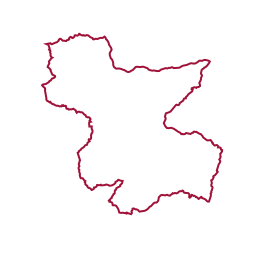 Monghsat, Shan, Myanmar (Albers equal-area conic projection), rotated 102°
{"feature_id": "60261553B30377978208155", "entity_name": "Monghsat", "entity_type": "district", "adm_level": 2, "iso_a3": "MMR", "parent_name": "Myanmar", "parent_adm1": "Shan", "projection": "albers", "projection_center": [98.999, 20.355], "detail": "fine", "context": "isolated", "style": "outline", "palette": "rose", "viewbox_px": 256, "rotation_deg": 102, "n_neighbors": 0, "source": "geoboundaries", "source_scale": "gbopen_adm2", "svg_char_len": 5780}
<svg xmlns="http://www.w3.org/2000/svg" viewBox="0 0 256 256"><g transform="rotate(102 128 128)"><path d="M62.8,225.2L63.0,224.0L62.8,223.2L63.3,223.2L66.2,221.3L66.9,221.1L67.6,221.6L68.3,220.9L68.3,220.2L69.2,219.8L70.3,220.0L71.2,219.2L73.4,218.8L74.6,217.7L74.9,216.7L75.4,217.3L79.4,219.2L81.0,218.4L84.5,219.3L85.1,219.2L86.0,217.3L87.2,215.7L88.0,215.7L91.5,213.1L92.2,210.3L93.1,209.9L94.1,210.5L95.7,212.8L97.6,213.4L98.4,214.6L99.6,215.0L102.2,217.7L102.7,219.4L103.4,220.6L104.1,220.9L105.1,219.6L106.3,217.5L107.4,217.0L108.3,217.1L115.9,214.0L117.2,213.8L118.2,212.8L118.4,211.7L118.8,211.2L118.8,210.5L119.2,209.8L118.7,209.3L119.2,209.0L120.4,206.7L120.2,205.7L120.8,204.2L121.1,202.3L120.8,201.4L121.1,199.2L120.7,198.6L120.7,197.6L120.1,197.1L119.4,197.1L119.2,196.0L119.9,195.6L119.3,193.8L119.4,193.3L121.6,192.4L122.0,191.6L121.7,190.6L122.3,189.6L121.7,188.5L121.5,187.0L120.5,185.5L121.7,182.7L122.9,182.2L123.8,181.3L122.7,180.5L122.3,179.6L122.2,178.9L122.5,178.0L122.2,176.3L123.0,174.7L123.8,173.9L124.3,172.1L125.6,171.4L126.0,169.5L125.6,168.5L126.4,167.1L127.1,166.5L128.7,167.1L129.6,165.7L130.2,167.0L131.2,167.1L134.6,166.1L134.0,163.8L136.2,163.4L138.0,162.1L140.0,161.9L141.1,162.6L142.0,162.4L142.8,162.7L144.7,162.1L146.1,162.0L147.3,163.2L147.3,164.0L147.9,164.0L148.9,162.8L150.8,164.5L152.9,164.6L153.8,166.2L156.2,167.5L157.8,169.2L159.0,169.6L160.8,171.2L161.5,171.1L162.7,172.1L169.6,168.2L170.2,168.5L172.3,168.4L172.7,168.7L174.3,168.4L175.3,167.6L177.0,168.1L178.0,167.9L178.6,167.5L179.0,166.9L180.6,166.8L183.1,165.4L184.4,165.3L186.5,164.2L186.9,163.7L186.6,161.8L188.1,160.2L188.8,158.6L189.7,158.7L190.0,159.0L190.7,158.3L192.1,157.9L193.0,155.8L193.6,155.7L194.4,154.9L194.8,154.0L194.6,153.4L194.9,152.7L195.7,150.9L196.2,150.7L196.1,150.4L194.8,148.9L193.2,148.8L192.9,147.6L191.5,146.5L190.2,146.4L189.9,144.1L189.2,142.9L189.7,142.5L188.9,139.4L187.8,137.5L187.9,135.5L188.3,134.2L187.9,132.8L187.4,131.7L185.8,129.8L184.4,128.9L183.3,129.0L182.0,127.4L180.7,126.8L181.1,123.3L180.9,122.3L183.3,122.3L185.5,123.8L186.2,123.5L186.8,123.8L188.8,126.4L189.4,126.9L190.8,126.9L191.6,127.7L192.2,127.8L195.0,127.5L195.8,128.5L197.1,128.7L198.6,129.5L199.9,129.4L200.3,130.0L202.8,131.5L203.0,130.7L203.9,130.9L204.1,128.4L204.9,127.6L206.7,126.9L206.3,124.4L206.6,123.4L208.5,121.4L210.1,120.2L212.5,119.0L212.5,117.0L211.9,115.4L212.0,114.0L211.7,112.5L211.0,111.7L211.0,111.4L211.8,111.3L211.3,110.4L211.6,107.0L210.3,106.5L208.7,107.3L207.5,106.6L206.0,106.8L205.5,105.8L206.0,103.8L205.8,102.8L206.1,101.3L207.4,99.4L205.6,94.7L204.5,93.1L203.3,92.0L200.4,90.3L199.6,89.2L196.5,87.4L195.5,86.5L194.8,84.3L192.8,83.3L189.3,83.4L187.1,82.0L186.5,81.2L186.1,77.3L185.5,76.6L185.2,75.6L185.5,74.7L185.5,73.0L184.7,72.5L183.8,71.5L182.5,70.8L182.7,70.0L181.8,68.6L181.8,66.8L181.3,66.0L179.5,64.8L179.0,63.9L178.7,62.5L177.9,61.8L178.0,61.0L179.3,60.1L179.6,59.4L179.2,55.5L180.2,54.1L182.9,53.8L183.3,53.4L183.2,53.0L182.5,52.8L182.0,52.1L180.2,51.8L180.2,51.0L180.8,49.8L180.5,49.1L180.8,48.0L181.1,47.2L181.5,47.1L181.4,46.3L181.8,45.4L182.7,44.3L182.6,44.0L180.2,42.2L180.1,41.8L181.0,41.2L181.3,40.0L181.2,39.4L181.9,37.2L183.1,35.6L183.4,34.5L183.1,33.5L177.6,32.9L176.0,33.0L174.9,33.6L173.7,33.0L172.6,33.4L171.3,33.0L168.6,32.9L167.8,33.6L167.3,34.5L166.2,34.7L164.5,34.5L161.9,35.7L161.2,34.8L160.2,34.4L158.6,34.0L157.9,34.5L157.1,34.3L156.0,33.0L152.5,31.2L152.0,31.2L151.9,31.8L151.2,32.3L144.7,31.7L142.6,30.9L141.3,30.8L139.8,32.2L138.4,31.6L136.8,31.4L136.3,31.8L133.9,32.4L133.3,31.9L131.5,31.2L129.9,31.4L129.8,32.5L128.1,33.3L128.0,35.0L128.2,35.8L127.5,35.7L127.0,36.1L126.2,37.5L126.3,38.0L127.1,39.4L126.9,40.1L126.0,41.5L125.2,41.7L124.9,42.7L124.0,43.1L122.6,44.7L123.6,47.4L123.4,48.6L121.6,52.5L120.7,53.1L118.9,55.4L118.8,56.8L117.9,59.5L117.5,60.1L117.9,61.3L117.7,62.3L117.9,62.8L118.3,63.2L119.1,63.4L119.4,64.1L120.9,65.8L120.8,69.8L121.0,70.3L122.1,71.1L122.7,72.9L122.5,73.3L122.9,74.6L121.8,75.9L121.2,78.2L119.2,83.0L118.8,85.8L119.8,88.4L119.9,90.0L118.7,91.7L115.8,94.0L111.7,93.1L110.6,93.2L109.3,94.2L105.8,94.0L103.7,90.5L102.3,89.4L95.7,86.0L95.1,85.2L95.2,83.7L95.0,83.2L94.3,82.7L92.9,82.6L89.6,79.6L88.4,79.6L87.3,79.0L87.0,77.6L85.5,77.7L84.0,76.5L82.6,76.1L78.9,72.9L77.0,72.7L76.9,73.8L75.9,73.9L75.4,73.4L75.4,72.9L74.8,72.4L74.3,71.3L74.5,69.6L74.0,69.5L73.2,67.4L72.0,66.3L70.8,66.6L69.1,67.6L65.6,66.7L64.1,67.0L61.5,66.5L60.9,66.7L60.0,67.7L59.3,68.0L55.9,68.0L54.5,67.0L53.9,66.2L53.2,66.0L52.3,64.8L51.4,64.3L51.0,63.8L47.8,62.3L45.9,61.8L45.4,63.1L45.3,66.3L45.5,67.4L47.0,69.7L47.1,71.4L47.4,72.3L49.3,73.8L51.0,75.8L51.4,77.8L51.5,79.5L51.8,80.4L54.1,83.6L55.7,87.3L57.1,89.1L57.8,89.5L58.5,90.8L59.9,95.8L59.4,97.0L59.4,97.7L60.3,98.9L60.7,100.6L61.6,102.0L61.6,103.6L64.0,107.8L65.8,109.4L66.3,111.7L66.3,114.5L66.9,116.3L66.8,118.9L66.6,119.8L65.5,121.4L64.9,125.4L65.1,126.9L65.8,128.2L66.3,132.3L66.8,133.2L70.4,135.4L71.1,136.5L72.6,138.0L73.2,139.4L73.1,141.0L72.0,143.8L72.1,144.9L71.7,146.6L71.6,148.9L72.4,151.9L71.4,154.2L69.8,155.4L66.9,156.2L65.6,157.0L64.4,157.8L63.4,159.3L60.8,160.8L59.1,161.4L58.1,161.3L54.8,160.3L53.1,161.2L50.9,163.5L47.9,165.2L46.1,167.1L45.8,167.9L44.1,168.9L43.5,170.0L45.2,171.5L45.5,173.6L47.3,176.5L47.5,178.4L48.4,179.7L48.4,180.7L47.5,181.2L47.0,183.7L45.7,186.1L45.7,187.8L46.5,188.7L46.7,189.9L46.4,190.6L46.9,191.3L46.7,191.7L47.0,192.4L46.5,194.3L46.0,194.9L46.1,195.4L47.0,195.4L48.2,196.7L48.2,198.8L48.7,199.1L48.7,199.4L50.0,199.5L51.5,200.7L51.4,201.6L50.9,202.1L50.9,203.3L52.5,204.3L53.2,204.0L53.5,204.5L54.1,204.5L54.8,206.0L55.7,206.4L56.1,210.2L55.0,211.8L54.8,213.0L56.0,214.0L57.1,214.0L59.0,215.5L59.6,216.8L61.9,219.9L61.8,220.6L61.2,221.5L62.8,225.2Z" fill="none" stroke="#9f1239" stroke-width="2"/></g></svg>